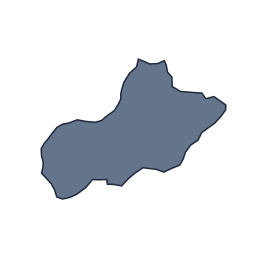 the district of Confins, Minas Gerais, Brazil, rotated 243°
{"feature_id": "56859067B49232748472956", "entity_name": "Confins", "entity_type": "district", "adm_level": 2, "iso_a3": "BRA", "parent_name": "Brazil", "parent_adm1": "Minas Gerais", "projection": "equal_earth", "projection_center": [-43.973, -19.643], "detail": "fine", "context": "isolated", "style": "filled", "palette": "slate", "viewbox_px": 256, "rotation_deg": 243, "n_neighbors": 0, "source": "geoboundaries", "source_scale": "gbopen_adm2", "svg_char_len": 981}
<svg xmlns="http://www.w3.org/2000/svg" viewBox="0 0 256 256"><g transform="rotate(243 128 128)"><path d="M171.5,191.0L172.0,183.5L175.2,176.4L180.0,172.6L184.6,168.5L178.6,163.4L176.1,154.2L170.5,145.0L165.6,140.3L161.6,137.0L157.1,134.8L153.7,130.2L149.7,123.7L148.2,113.8L146.7,107.7L147.9,101.6L153.2,93.1L158.3,86.6L159.3,77.7L161.1,71.4L160.8,65.1L157.9,58.4L154.5,51.6L152.2,46.2L149.0,41.3L142.7,38.4L136.0,36.9L131.0,33.9L126.9,30.4L119.9,32.5L113.0,34.3L106.1,34.5L99.0,33.2L94.5,37.3L92.7,43.8L92.2,51.9L94.0,63.1L98.2,73.0L94.7,79.2L91.9,85.5L87.2,84.2L84.3,89.4L79.3,96.1L82.7,105.3L84.6,113.4L85.8,123.3L78.5,134.2L72.4,140.0L72.2,148.7L71.4,157.2L75.1,162.8L80.3,168.2L84.3,176.0L85.4,184.9L90.3,191.4L91.9,200.5L92.9,207.3L96.1,216.0L99.8,223.2L104.2,225.6L111.2,221.9L117.0,218.8L118.8,210.6L125.6,209.7L129.2,203.6L132.8,197.8L136.7,191.4L144.8,186.2L153.5,190.2L160.1,188.6L166.4,190.6L171.5,191.0Z" fill="#64748b" stroke="#1e293b" stroke-width="1.5"/></g></svg>